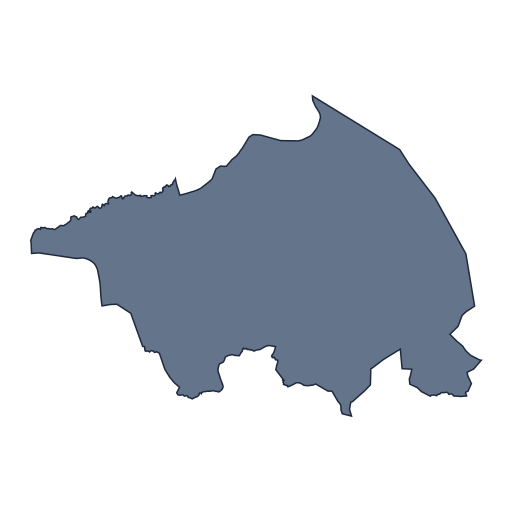 outline of Biu, Borno, Nigeria
{"feature_id": "59680162B23952502219543", "entity_name": "Biu", "entity_type": "district", "adm_level": 2, "iso_a3": "NGA", "parent_name": "Nigeria", "parent_adm1": "Borno", "projection": "albers", "projection_center": [12.028, 10.829], "detail": "fine", "context": "isolated", "style": "filled", "palette": "slate", "viewbox_px": 512, "rotation_deg": 0, "n_neighbors": 0, "source": "geoboundaries", "source_scale": "gbopen_adm2", "svg_char_len": 5970}
<svg xmlns="http://www.w3.org/2000/svg" viewBox="0 0 512 512"><path d="M312.4,95.9L312.5,97.4L312.8,100.5L315.2,105.9L319.1,112.2L319.5,113.1L320.0,114.2L320.2,115.5L320.4,116.6L320.3,117.8L320.3,118.2L319.3,122.0L317.7,126.6L317.0,128.0L316.3,129.1L312.2,134.3L311.0,135.5L309.6,136.4L302.7,139.7L301.6,140.1L298.1,140.9L280.7,140.6L260.4,135.0L252.7,134.6L248.8,137.3L246.6,141.1L242.2,148.4L240.3,150.8L238.9,153.1L236.7,155.7L231.8,159.7L229.7,162.3L226.3,166.3L220.4,166.1L216.0,169.0L212.0,179.2L207.9,182.7L201.3,187.9L200.0,188.7L195.1,190.9L192.5,191.6L186.3,193.5L179.9,195.2L176.6,184.5L175.4,178.9L174.9,180.2L174.0,180.6L173.6,181.7L172.8,182.6L172.5,184.5L172.0,184.4L170.4,185.2L170.4,186.1L168.8,186.6L168.2,185.6L167.8,185.6L167.2,185.0L166.6,185.0L166.0,185.6L165.5,186.0L165.1,186.9L164.5,186.7L163.8,187.2L163.5,187.8L162.8,187.9L162.6,189.0L163.3,190.8L162.6,191.2L161.9,192.3L161.4,192.8L160.8,192.7L160.3,192.3L159.9,192.3L159.3,192.8L158.8,193.7L157.6,193.9L156.2,193.3L155.6,192.8L155.2,193.1L155.1,193.5L155.3,193.9L155.1,194.8L154.6,195.6L153.6,195.8L152.8,195.6L151.8,195.5L151.0,195.7L151.0,196.8L151.2,197.5L149.8,197.8L148.1,197.7L146.9,197.3L146.8,196.7L146.8,195.7L143.9,195.7L143.1,196.2L140.9,196.4L140.9,195.7L140.0,195.2L139.5,195.7L137.2,195.6L135.5,195.1L133.2,193.3L132.2,192.3L131.6,192.0L131.2,192.5L131.6,193.4L131.5,193.9L130.6,195.3L130.1,195.5L128.9,195.1L128.0,195.0L127.2,195.8L126.0,196.0L125.0,196.0L124.4,196.7L123.7,197.8L123.4,198.7L122.6,198.8L122.0,198.4L122.1,197.4L121.5,196.7L121.6,196.0L121.0,195.8L120.3,196.5L119.1,197.4L117.7,197.6L116.1,198.3L112.5,196.6L112.0,197.6L110.6,197.8L110.0,197.8L109.0,198.5L108.4,199.5L108.3,200.5L107.9,201.4L108.5,203.7L107.7,203.8L107.1,203.6L106.3,203.5L105.6,203.7L104.9,204.2L104.2,205.7L103.8,205.5L103.3,204.7L102.5,204.2L102.0,205.0L101.9,206.0L101.5,207.3L100.9,208.0L100.0,208.3L98.7,207.6L97.9,206.6L97.2,206.3L95.6,207.7L94.5,208.0L93.3,207.1L92.6,207.1L92.4,207.9L91.8,208.2L90.6,208.2L90.1,208.6L89.8,209.7L89.8,210.3L90.8,211.3L90.8,212.0L90.6,212.3L89.2,212.0L88.8,211.7L88.9,210.9L88.4,210.7L88.0,211.3L87.6,212.4L87.6,213.2L86.2,213.4L85.6,214.2L85.7,215.3L85.6,216.2L84.6,216.7L83.1,217.1L80.6,217.3L79.4,218.9L78.2,219.3L77.1,218.2L76.7,217.0L75.4,216.5L74.0,215.8L73.1,216.3L71.7,216.6L70.8,217.1L70.8,218.3L70.9,219.7L69.8,221.4L66.4,224.0L63.3,225.8L61.8,225.5L60.4,225.5L54.9,229.5L53.5,229.3L52.4,228.7L50.4,229.0L48.1,228.5L47.1,228.7L45.6,227.9L44.9,227.4L44.2,227.6L43.5,228.0L42.8,227.7L41.8,227.5L40.8,227.5L40.9,228.8L40.6,229.3L39.9,229.3L39.4,228.8L38.6,228.6L37.9,228.9L37.1,229.0L36.7,229.6L36.0,229.9L35.1,230.1L35.1,230.9L33.5,232.9L30.7,240.3L31.1,242.6L31.6,253.5L38.7,252.9L76.5,258.5L81.4,258.0L83.2,257.9L85.7,258.5L88.1,259.4L90.1,260.4L92.3,261.8L94.3,263.6L95.6,265.4L96.9,268.1L97.5,269.6L99.8,281.8L100.3,286.6L100.7,293.8L101.0,297.8L102.0,305.9L110.4,304.5L116.8,304.2L130.8,313.3L142.6,346.3L143.5,346.7L144.2,346.5L144.7,347.2L144.9,350.3L145.5,351.2L148.0,351.0L148.8,351.5L149.4,352.0L150.8,350.9L151.6,350.6L153.6,351.3L153.9,351.9L154.5,352.4L155.9,352.1L156.6,351.7L159.4,353.3L164.8,369.2L169.8,377.4L174.2,382.6L179.5,387.3L176.7,392.8L177.9,394.8L179.8,395.2L182.9,394.8L184.5,396.2L186.5,395.6L187.8,396.1L188.1,397.4L190.3,397.9L192.2,398.9L195.4,397.2L197.5,396.5L199.1,394.8L199.4,393.1L200.6,393.0L201.3,393.8L202.0,392.4L203.4,391.8L205.4,391.6L207.5,391.1L208.9,391.3L212.3,390.9L213.9,390.6L215.5,391.4L217.2,391.4L218.7,392.0L221.0,390.5L222.5,388.7L223.1,386.7L222.6,384.3L221.4,381.5L218.4,372.4L218.0,370.7L218.1,368.7L218.6,366.1L219.4,364.0L223.2,362.1L224.2,360.5L225.4,357.0L228.3,355.5L232.2,354.6L234.7,355.4L239.3,355.7L241.2,352.5L242.1,351.6L242.9,348.7L243.3,348.2L243.8,348.2L244.0,348.7L244.3,349.0L244.9,349.0L245.4,348.8L245.7,348.5L246.3,348.4L246.6,348.6L247.2,349.5L248.6,349.5L249.0,349.4L249.4,349.7L250.1,349.9L250.8,349.9L251.1,349.6L251.5,349.8L252.1,350.3L252.6,350.4L253.0,350.4L253.3,350.8L254.1,351.1L255.9,350.2L260.0,349.5L265.9,346.2L269.2,345.5L275.6,346.6L274.3,351.3L272.5,354.8L271.8,355.3L271.6,356.0L272.0,356.3L272.1,356.7L272.1,357.2L272.2,357.5L272.8,357.6L273.1,357.7L273.4,357.7L273.6,357.3L274.0,357.2L274.3,357.4L275.3,358.9L275.2,359.3L275.4,359.6L275.7,359.8L276.5,360.0L276.9,359.9L277.7,360.2L277.6,360.6L277.8,361.5L277.8,361.9L276.9,364.7L275.8,369.7L283.0,379.2L282.8,380.1L283.1,380.0L283.2,379.7L283.4,379.7L283.5,379.7L283.8,380.2L284.1,380.3L284.0,380.6L283.8,380.7L283.7,380.7L283.4,380.5L283.5,380.7L283.3,381.0L283.5,381.3L283.6,381.6L283.4,382.0L283.2,382.1L283.0,382.3L283.6,383.3L283.7,384.1L283.6,384.3L284.4,384.7L284.4,384.9L285.1,385.0L285.6,385.0L286.3,385.5L286.4,385.4L286.7,385.5L286.9,385.4L287.1,385.5L287.4,385.7L287.5,386.0L287.9,386.8L290.9,385.6L293.9,384.1L296.0,382.9L298.3,382.7L300.9,383.4L304.1,385.4L307.9,385.7L313.2,385.0L315.7,384.0L328.0,391.1L331.3,391.1L332.0,391.2L337.9,401.4L339.7,403.3L340.9,405.8L341.0,410.0L342.3,413.8L351.5,416.1L349.5,409.2L350.8,402.2L352.4,401.7L364.2,391.2L370.4,384.9L370.8,368.8L372.4,367.9L383.4,359.5L400.3,349.1L402.1,368.7L411.8,369.2L410.3,376.0L409.3,379.0L409.8,384.1L417.4,387.7L421.4,391.6L430.3,396.2L431.4,395.3L432.1,395.2L434.5,395.0L436.1,395.6L436.7,395.7L437.0,395.3L437.0,394.8L437.5,394.4L438.3,394.3L438.6,394.5L438.9,394.4L439.5,394.0L440.1,393.8L440.4,393.4L441.5,392.5L442.4,392.7L443.9,392.7L444.6,392.5L446.3,392.3L447.1,392.3L447.8,392.6L448.5,393.9L448.9,394.3L449.5,394.3L451.0,393.8L451.5,393.9L452.1,394.1L453.2,395.4L454.1,396.2L454.6,396.2L455.4,395.9L457.1,396.2L459.5,396.2L459.8,396.5L466.6,396.0L466.2,394.5L465.6,393.6L465.6,392.3L465.7,392.2L468.0,391.2L471.4,383.6L467.8,375.9L467.1,372.3L473.7,369.0L481.3,360.2L479.8,360.0L470.7,355.4L465.7,350.7L462.6,346.0L457.0,341.4L449.9,334.3L458.1,326.3L462.1,315.4L466.4,311.5L474.6,306.1L465.9,253.9L435.1,198.1L408.9,164.0L399.7,149.6L312.4,95.9Z" fill="#64748b" stroke="#1e293b" stroke-width="1.5"/></svg>